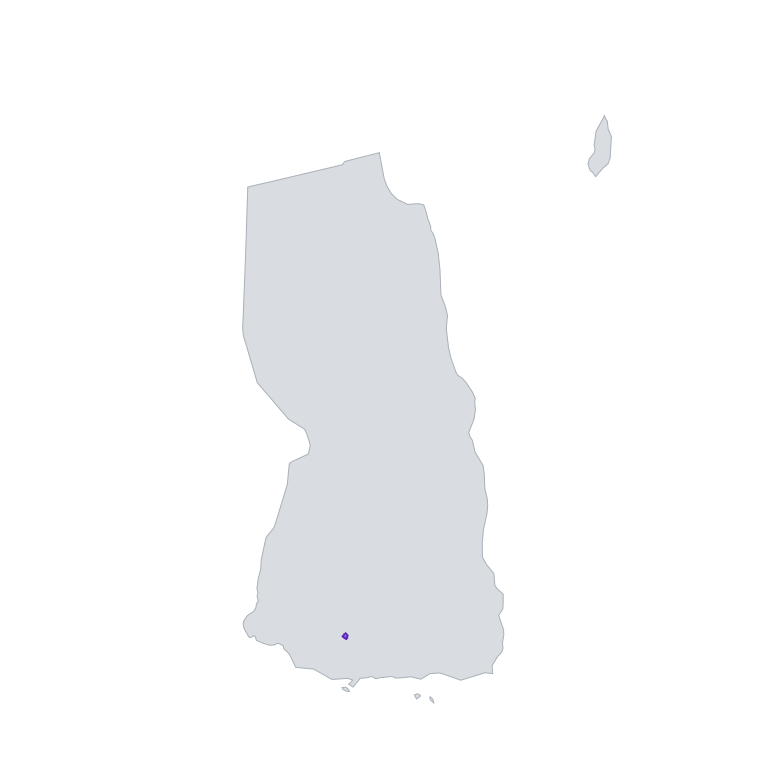 Bani Al Awam, Hajjah, Yemen shown in context, rotated 282°
{"feature_id": "15242507B30221832933741", "entity_name": "Bani Al Awam", "entity_type": "district", "adm_level": 2, "iso_a3": "YEM", "parent_name": "Yemen", "parent_adm1": "Hajjah", "projection": "albers", "projection_center": [43.596, 15.581], "detail": "fine", "context": "in_parent", "style": "filled", "palette": "violet", "viewbox_px": 768, "rotation_deg": 282, "n_neighbors": 0, "source": "geoboundaries", "source_scale": "gbopen_adm2", "svg_char_len": 3940}
<svg xmlns="http://www.w3.org/2000/svg" viewBox="0 0 768 768"><g transform="rotate(282 384 384)"><path d="M609.3,331.3L584.2,341.8L577.6,346.2L571.7,351.7L567.4,358.3L564.6,369.7L567.5,380.0L567.5,385.6L561.0,389.5L554.9,392.4L548.2,396.7L544.1,397.9L540.8,401.2L536.9,403.6L522.8,410.0L507.3,415.0L482.6,421.3L473.2,427.5L464.5,431.8L451.2,433.4L433.1,439.5L423.1,444.2L410.7,451.8L407.9,454.2L405.8,459.6L402.1,464.4L394.6,472.1L389.0,476.2L385.2,476.5L377.8,478.8L369.0,479.4L354.2,477.0L350.5,479.0L347.4,482.0L336.1,487.4L324.7,498.0L316.3,500.9L302.6,504.4L293.1,508.9L286.7,510.7L278.4,511.7L263.0,511.5L248.5,513.2L235.0,516.3L228.7,521.9L221.5,530.8L209.7,534.5L207.0,537.7L203.3,544.2L195.7,545.9L188.7,547.0L181.6,544.2L168.3,552.1L163.2,553.4L155.5,553.7L150.1,555.4L146.2,554.9L141.3,551.9L130.9,548.2L123.3,550.6L122.7,543.2L110.2,520.6L112.8,500.9L112.8,498.1L110.3,489.3L102.9,481.3L103.2,471.1L100.7,463.8L98.7,456.3L99.4,454.3L99.5,452.5L95.8,441.0L94.5,438.7L94.0,436.2L95.3,434.4L95.2,432.3L93.2,428.7L91.2,422.0L81.1,416.7L83.1,411.7L85.1,413.5L87.8,414.9L88.3,411.8L88.4,409.4L84.2,394.4L90.5,374.5L88.5,356.5L98.0,349.3L100.4,347.1L101.8,345.2L104.1,341.1L107.1,339.8L108.2,335.5L108.1,333.3L106.1,331.5L104.7,326.4L105.2,320.1L105.7,317.4L106.7,312.5L110.0,310.7L110.8,309.3L108.2,306.2L108.5,304.4L114.1,299.3L116.3,297.7L119.9,296.1L122.8,296.1L126.1,297.1L129.0,298.5L131.8,301.1L134.8,304.1L139.4,305.2L142.6,304.9L145.1,306.2L147.3,305.5L149.7,304.0L153.6,304.1L157.2,302.3L167.2,301.4L176.9,301.9L187.0,300.4L197.0,300.5L207.2,300.5L209.5,300.7L211.7,301.6L220.3,306.1L226.8,307.0L239.9,308.1L253.9,309.3L266.0,310.3L276.2,309.1L284.7,308.1L287.0,308.2L289.6,311.0L294.8,317.9L299.8,324.5L308.3,324.7L313.7,322.1L319.6,318.5L323.2,315.7L327.2,304.9L329.8,297.8L335.9,289.9L341.1,283.2L347.8,274.4L351.5,269.5L358.9,259.8L366.0,256.0L379.8,248.5L393.3,241.2L402.0,236.4L409.5,234.1L422.2,232.0L437.0,229.4L451.8,226.9L467.6,224.2L485.2,221.1L497.2,219.0L512.6,216.2L525.3,213.9L536.7,211.9L548.3,209.8L550.8,214.9L553.2,220.1L555.6,225.3L558.0,230.5L560.5,235.7L562.9,240.8L565.3,246.0L567.8,251.2L570.2,256.4L572.7,261.5L575.1,266.7L577.6,271.9L580.0,277.1L582.5,282.3L584.9,287.4L587.4,292.6L589.8,297.7L593.4,299.2L595.8,304.0L599.2,310.8L602.5,317.6L605.9,324.5L609.3,331.3ZM653.6,541.4L656.8,541.8L661.6,539.8L675.4,538.9L692.4,543.9L689.4,545.6L687.6,547.8L680.3,550.1L673.3,555.0L652.2,558.2L645.9,557.3L640.6,553.2L630.8,547.9L634.4,544.1L635.1,542.4L636.4,540.8L641.7,537.8L647.0,538.0L653.6,541.4ZM87.4,483.3L86.8,484.4L85.8,484.2L82.7,481.4L86.2,478.3L88.0,481.2L87.4,483.3ZM77.7,412.9L76.0,414.1L75.6,412.0L76.6,407.4L78.3,406.1L79.4,409.5L78.7,411.4L77.7,412.9ZM85.8,497.4L82.4,499.0L84.7,494.9L87.1,494.0L87.7,494.2L85.8,497.4Z" fill="#d9dde1" stroke="#a8b0b8" stroke-width="1"/><path d="M127.6,397.0L127.4,397.3L127.4,397.5L127.6,397.7L127.6,397.8L127.7,398.1L127.7,398.3L127.4,398.3L127.3,398.5L127.2,398.6L126.9,398.8L126.8,399.1L126.8,399.3L126.8,399.5L126.7,399.6L126.5,399.8L126.5,400.2L126.8,400.2L126.8,400.3L127.0,400.4L127.1,400.5L127.2,400.4L127.3,400.4L127.5,400.4L127.8,400.4L127.9,400.5L128.0,400.5L128.3,400.7L128.4,400.4L128.5,400.4L128.5,400.5L128.7,400.4L128.8,400.4L128.8,400.5L128.9,400.4L129.0,400.4L129.1,400.5L129.3,400.4L129.4,400.5L129.5,400.5L129.8,400.6L130.0,400.8L130.2,401.0L130.3,401.0L130.6,400.9L130.7,400.7L130.8,400.5L131.0,400.3L131.2,400.1L131.4,399.8L131.6,399.7L131.7,399.4L131.9,399.0L132.2,398.6L132.3,398.4L132.4,398.2L132.2,398.1L132.0,397.9L131.9,397.8L131.7,397.7L131.4,397.5L131.2,397.5L131.1,397.4L131.0,397.2L130.9,397.0L130.9,396.9L130.7,396.9L130.4,397.1L130.2,396.9L129.8,396.6L129.6,396.6L129.4,396.5L129.3,396.4L129.2,396.3L129.1,396.2L128.9,395.9L128.7,395.7L128.5,395.8L128.4,395.9L128.2,396.0L128.1,396.3L128.2,396.5L128.3,396.7L128.2,396.8L127.9,396.9L127.8,397.0L127.6,397.0Z" fill="#8b5cf6" stroke="#5b21b6" stroke-width="1.5"/></g></svg>